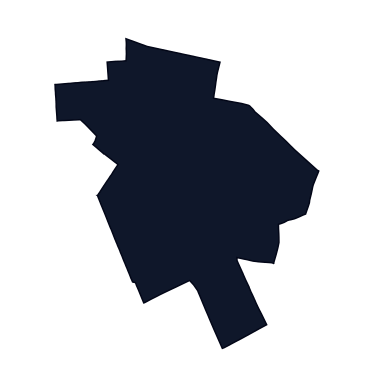 Izvoare, Dolj, Romania (Natural Earth projection), rotated 85°
{"feature_id": "2599482B17685193443553", "entity_name": "Izvoare", "entity_type": "district", "adm_level": 2, "iso_a3": "ROU", "parent_name": "Romania", "parent_adm1": "Dolj", "projection": "natural_earth1", "projection_center": [23.323, 44.156], "detail": "fine", "context": "isolated", "style": "filled", "palette": "ink", "viewbox_px": 384, "rotation_deg": 85, "n_neighbors": 0, "source": "geoboundaries", "source_scale": "gbopen_adm2", "svg_char_len": 5830}
<svg xmlns="http://www.w3.org/2000/svg" viewBox="0 0 384 384"><g transform="rotate(85 192 192)"><path d="M276.8,257.8L277.2,256.7L277.3,256.4L277.6,256.1L278.0,256.0L280.4,255.4L281.8,254.9L285.1,253.8L296.1,250.4L298.0,249.8L298.3,249.7L298.1,248.9L297.1,246.5L296.0,244.0L294.9,241.4L293.6,238.1L292.4,235.1L291.5,233.0L289.7,228.3L286.9,220.8L285.3,216.4L283.2,210.9L280.9,204.8L280.0,202.3L280.0,202.2L280.1,201.9L281.7,200.7L284.7,198.4L290.8,194.9L292.6,194.4L295.6,193.4L299.7,192.1L303.9,190.8L307.6,189.6L310.5,188.7L316.8,186.6L319.4,185.8L322.2,184.9L330.4,182.2L350.4,175.4L349.9,173.6L346.8,166.3L345.3,162.8L341.6,154.0L334.6,138.2L330.7,129.2L319.2,133.6L318.8,133.8L318.3,134.0L317.7,134.2L316.7,134.6L316.2,134.9L315.1,135.3L313.6,135.9L313.0,136.1L312.0,136.5L311.5,136.7L310.5,137.0L310.1,137.2L309.6,137.4L308.7,137.7L308.2,137.9L307.3,138.2L305.4,138.8L305.0,139.0L304.5,139.1L304.1,139.3L303.2,139.6L302.7,139.7L301.8,140.1L301.4,140.2L300.6,140.5L300.2,140.6L299.3,141.0L298.9,141.1L298.5,141.3L297.6,141.6L297.2,141.8L296.4,142.1L295.0,142.5L294.6,142.6L294.2,142.8L293.8,142.9L293.4,143.0L293.0,143.2L292.6,143.3L292.1,143.4L291.8,143.4L287.0,145.2L284.1,146.3L283.4,146.5L282.7,146.8L282.0,147.0L281.3,147.2L280.6,147.5L279.9,147.7L279.1,148.0L277.7,148.4L276.3,148.9L275.6,149.2L274.9,149.4L274.2,149.6L273.6,149.9L272.9,150.1L271.5,150.6L269.5,151.3L268.9,151.5L267.6,152.0L267.0,152.2L266.4,152.4L264.6,153.0L264.2,153.1L263.8,153.1L263.1,153.1L262.7,153.1L262.4,153.0L262.0,153.0L261.5,152.9L261.2,152.9L261.5,152.1L261.9,150.7L262.3,149.3L263.2,146.5L263.6,145.1L264.0,143.7L264.4,142.4L265.3,139.8L265.7,138.5L266.1,137.3L266.4,136.0L266.9,133.5L267.2,132.3L267.4,131.1L267.6,130.0L267.9,128.1L268.1,126.8L268.2,126.2L268.4,125.5L268.4,124.9L268.5,124.3L268.7,123.1L268.8,122.4L268.9,121.8L269.0,121.2L269.1,120.6L269.2,120.0L269.3,119.5L269.4,118.9L269.5,118.6L269.7,117.8L269.8,117.6L270.1,117.4L270.3,117.1L270.2,116.8L269.9,116.8L269.6,116.7L268.9,116.5L262.0,113.8L257.0,112.0L254.3,111.1L249.9,109.8L244.7,109.4L241.3,109.2L235.9,109.0L231.7,108.7L231.3,106.5L230.9,105.0L230.3,102.9L229.9,102.0L229.5,101.0L228.9,99.9L228.5,98.4L228.3,97.2L228.2,95.9L228.1,95.3L227.9,94.2L227.7,92.8L227.4,91.6L227.2,90.9L225.9,86.9L225.2,85.0L224.5,83.0L224.2,81.9L224.0,81.4L223.9,81.0L223.9,80.8L219.2,78.7L216.8,77.6L215.6,77.1L214.7,76.7L213.2,76.1L212.5,75.9L210.5,75.5L208.7,74.9L204.3,73.4L199.7,72.0L197.6,71.4L195.4,70.6L188.4,67.1L184.4,65.0L182.1,63.9L182.0,64.0L181.4,65.1L158.7,86.3L154.0,90.3L149.9,93.7L146.5,96.7L144.2,98.8L136.4,105.6L129.4,111.1L125.3,114.9L117.8,122.2L117.8,122.3L115.6,123.6L115.2,123.9L114.5,124.4L113.8,125.0L112.3,126.3L111.8,126.6L110.9,127.6L110.5,128.3L109.0,132.5L108.2,134.7L105.1,146.1L104.5,148.2L103.1,152.9L102.2,156.1L100.5,162.4L98.1,161.8L96.6,161.5L92.8,160.5L87.2,159.2L84.8,158.7L80.8,157.7L78.0,157.1L74.6,156.1L70.9,154.8L65.1,152.8L43.1,224.0L33.6,244.4L36.9,244.4L38.8,244.5L39.9,244.6L41.6,244.8L43.1,245.0L44.9,245.1L45.7,245.1L46.7,245.2L48.6,245.3L50.9,245.6L55.5,246.2L55.6,250.5L55.2,256.6L55.2,258.7L55.2,260.7L55.2,263.7L55.2,265.2L69.1,265.4L73.5,265.5L73.4,267.1L73.4,269.9L73.5,270.3L73.5,270.8L73.5,271.5L73.4,272.7L73.5,273.1L73.5,273.3L73.4,273.6L73.4,274.2L73.4,274.7L73.4,275.1L73.4,275.9L73.5,276.1L73.5,276.8L73.5,277.6L73.5,278.4L73.5,278.6L73.5,279.1L73.5,279.3L73.5,279.8L73.5,280.2L73.5,280.6L73.4,282.0L73.5,282.9L73.4,284.2L73.4,285.0L73.4,285.3L73.3,285.9L73.4,286.5L73.3,287.6L73.3,288.8L73.2,289.8L73.1,292.2L73.1,293.5L73.2,295.0L73.2,296.9L73.1,298.6L73.1,300.1L73.1,301.3L73.2,304.0L73.1,304.9L73.1,307.3L73.1,308.8L73.1,309.9L73.1,311.8L73.1,313.8L73.1,315.1L73.1,317.5L73.0,318.9L73.0,319.1L73.9,319.1L74.6,319.1L76.1,319.2L77.7,319.3L79.9,319.3L81.5,319.3L82.3,319.4L83.0,319.4L83.7,319.4L86.7,319.4L89.0,319.5L89.8,319.5L91.3,319.6L92.0,319.6L94.3,319.8L95.6,319.9L105.0,320.0L107.3,320.1L109.3,320.1L109.5,320.1L109.4,319.3L109.4,318.1L109.5,315.2L109.6,313.7L109.7,311.8L109.8,308.2L109.9,304.6L110.0,302.1L110.2,297.2L110.2,296.9L114.9,292.6L120.7,287.9L126.4,283.3L127.8,282.1L128.2,282.3L129.4,282.7L130.2,283.0L130.6,283.2L131.0,283.4L131.4,283.6L131.8,283.7L132.3,283.9L132.7,284.1L133.0,284.3L133.3,284.5L134.0,285.0L134.8,285.5L135.1,285.7L135.3,285.9L135.7,286.3L136.0,286.6L146.2,276.6L146.4,276.5L146.4,276.1L146.6,275.7L147.2,275.1L149.0,273.2L149.7,272.4L158.2,263.3L158.9,263.8L159.6,264.4L160.3,265.0L161.8,266.2L162.5,266.8L163.3,267.4L164.1,268.0L164.8,268.6L165.6,269.2L166.5,269.8L167.3,270.4L168.1,271.0L168.8,271.7L169.5,272.3L170.3,272.9L171.1,273.5L171.8,274.1L172.5,274.6L173.2,275.3L174.0,275.9L175.7,277.3L176.5,277.9L177.4,278.6L178.2,279.3L179.1,280.0L179.8,280.5L180.6,281.2L181.2,281.6L181.7,282.0L182.2,282.4L182.7,282.8L183.2,283.2L183.8,283.6L184.3,284.0L184.8,284.4L185.3,284.9L185.8,285.3L186.4,285.7L186.9,286.2L187.3,286.4L187.3,286.5L187.4,286.4L187.5,286.3L187.8,286.2L188.1,286.2L188.9,286.0L191.2,285.3L193.2,284.7L194.1,284.4L195.9,283.9L197.8,283.3L198.7,283.0L199.7,282.7L200.7,282.4L202.6,281.8L203.5,281.5L204.5,281.2L207.4,280.3L208.4,280.0L209.4,279.7L210.4,279.4L211.5,279.1L212.4,278.8L213.3,278.6L214.2,278.3L215.2,278.0L216.2,277.7L217.2,277.4L218.2,277.1L219.2,276.8L220.2,276.5L221.1,276.2L222.1,275.8L223.1,275.5L224.1,275.2L225.2,274.9L226.2,274.6L227.2,274.3L229.3,273.7L230.3,273.4L231.4,273.1L232.4,272.8L233.5,272.4L235.6,271.8L236.6,271.4L237.7,271.1L238.8,270.8L240.9,270.1L241.9,269.7L243.0,269.4L244.2,269.0L245.8,268.6L247.3,268.1L248.8,267.6L250.4,267.1L253.6,266.2L255.2,265.7L256.9,265.1L258.6,264.6L260.3,264.1L262.0,263.5L263.7,263.0L265.4,262.5L267.2,261.9L270.5,260.9L272.4,260.4L274.3,259.7L275.6,259.3L276.2,259.1L276.3,259.1L276.5,258.9L276.7,258.3L276.8,258.0L276.8,257.8Z" fill="#0f172a" stroke="#020617" stroke-width="1.5"/></g></svg>